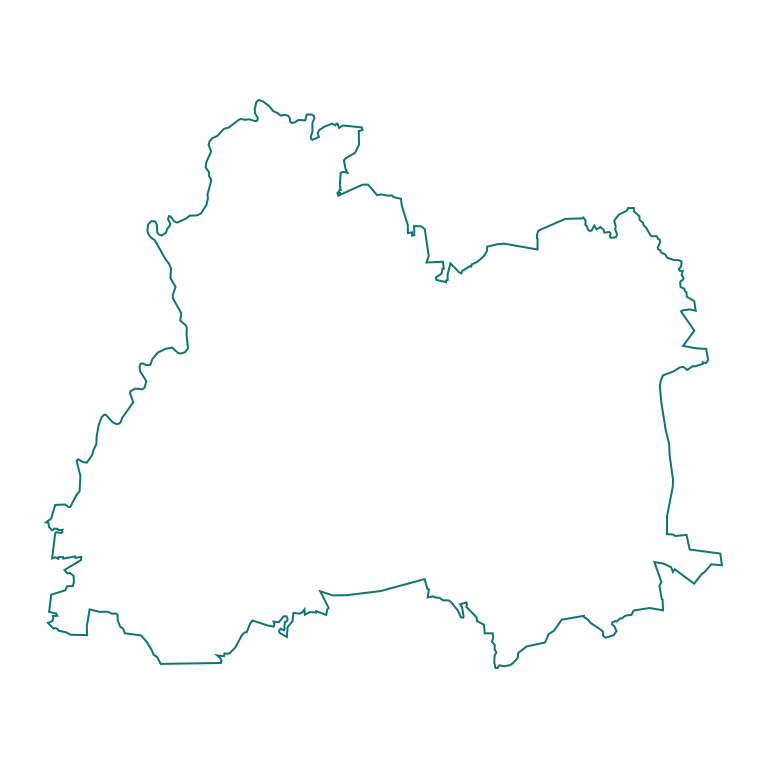 outline of Valle de Santiago, Guanajuato, Mexico
{"feature_id": "50627088B5903999082745", "entity_name": "Valle de Santiago", "entity_type": "district", "adm_level": 2, "iso_a3": "MEX", "parent_name": "Mexico", "parent_adm1": "Guanajuato", "projection": "orthographic", "projection_center": [-101.283, 20.397], "detail": "fine", "context": "isolated", "style": "outline", "palette": "teal", "viewbox_px": 768, "rotation_deg": 0, "n_neighbors": 0, "source": "geoboundaries", "source_scale": "gbopen_adm2", "svg_char_len": 6060}
<svg xmlns="http://www.w3.org/2000/svg" viewBox="0 0 768 768"><path d="M211.1,181.1L207.5,194.4L207.9,198.6L206.3,205.2L200.9,213.6L196.8,215.4L189.7,215.7L185.8,218.7L177.2,222.6L174.0,221.2L170.7,216.6L169.1,216.0L168.0,219.2L170.3,223.6L169.9,225.7L167.1,228.9L166.0,232.7L161.6,235.5L159.1,234.7L157.3,232.5L156.8,224.5L155.1,221.4L151.2,221.2L148.0,224.6L147.4,230.3L148.0,233.2L150.7,237.4L154.9,240.3L165.6,259.4L169.0,263.7L171.0,268.5L170.4,278.2L175.6,286.8L172.8,295.0L172.9,298.3L181.2,313.1L180.3,320.7L185.5,325.0L186.8,327.7L186.5,333.8L188.0,348.3L185.0,352.2L180.5,353.6L177.8,352.8L172.2,347.7L165.8,348.7L157.6,352.7L152.3,359.2L150.4,364.8L146.6,365.2L142.3,363.3L140.4,364.1L139.6,366.5L140.1,371.2L146.4,381.3L144.4,387.9L142.5,389.3L135.1,388.6L130.3,391.4L130.1,393.7L133.3,402.2L122.4,417.6L120.6,422.2L119.2,423.6L116.4,424.1L112.6,422.2L105.7,414.7L104.0,414.9L101.7,417.1L98.6,425.2L96.7,436.4L96.3,444.4L93.4,450.1L92.1,455.2L86.8,462.6L83.3,462.2L78.2,459.3L76.6,460.8L80.4,476.1L79.6,491.2L76.5,495.0L70.3,506.9L68.7,507.1L65.1,504.5L55.3,504.9L51.1,518.7L46.1,522.3L48.4,522.7L48.9,526.6L51.9,530.3L53.1,530.2L54.3,528.6L57.2,528.8L58.6,530.1L62.3,529.8L61.8,530.6L62.5,531.9L61.3,533.0L55.9,532.3L55.3,532.9L52.1,558.4L55.1,557.3L58.3,558.8L58.4,557.2L63.1,557.1L63.3,558.6L75.0,556.4L75.4,557.9L81.3,556.9L81.0,560.0L64.5,570.0L67.2,573.3L70.1,573.0L73.6,575.9L73.9,582.1L72.8,586.1L67.0,586.3L65.3,590.3L51.2,594.7L49.1,611.9L56.1,613.5L57.2,615.8L52.8,615.9L53.3,618.2L52.3,621.1L48.0,622.9L53.4,628.6L55.2,628.0L57.6,629.0L58.7,630.8L65.8,632.2L70.8,634.8L87.2,635.1L86.8,626.6L89.6,609.4L99.3,611.8L107.9,611.8L112.1,613.7L116.1,613.5L117.6,615.0L117.7,620.4L120.3,626.9L123.0,628.5L124.9,633.3L141.0,635.4L146.9,642.1L151.8,650.2L153.6,654.8L157.0,656.8L160.7,663.9L220.8,663.0L221.5,660.7L219.8,657.5L217.1,655.4L223.9,656.2L224.5,653.5L229.2,653.6L235.3,647.5L241.7,635.5L244.5,632.5L246.8,632.1L250.0,623.8L252.5,620.5L267.5,625.4L273.6,626.6L274.5,623.7L273.6,621.6L278.9,622.2L283.5,616.3L286.6,616.3L287.7,619.1L286.6,621.5L285.0,621.9L284.3,626.6L284.8,628.4L283.7,630.3L280.6,628.6L279.1,631.0L279.5,632.8L286.9,637.0L287.6,627.1L292.5,621.2L293.4,612.9L299.3,613.6L302.5,612.2L304.4,609.5L304.9,614.7L309.8,612.1L316.2,612.5L316.2,611.1L326.2,614.9L327.3,609.4L328.7,608.0L320.2,591.3L332.9,595.4L346.6,595.2L380.4,591.1L424.6,579.1L427.4,588.9L428.9,589.6L427.7,597.4L433.4,596.3L434.9,597.4L439.4,597.8L443.0,600.3L448.6,600.4L451.1,602.1L457.8,610.4L461.0,617.4L463.3,617.5L463.6,616.4L462.0,607.0L460.2,604.3L466.3,602.5L467.0,604.5L466.3,606.9L476.6,617.3L477.0,621.1L484.0,624.8L484.7,633.3L492.7,633.3L493.3,637.4L492.0,642.0L494.8,645.0L494.6,649.2L496.4,652.5L494.6,655.4L494.3,662.6L495.5,668.0L497.6,668.0L499.4,665.3L504.4,666.3L510.0,665.1L512.7,663.4L517.6,658.1L518.3,652.9L526.5,646.5L545.0,642.5L548.8,633.9L554.0,630.8L561.6,619.7L584.0,615.8L584.2,617.4L587.5,619.2L590.7,623.0L601.6,630.3L603.2,632.2L602.9,635.5L605.7,637.7L613.8,635.1L616.5,631.2L614.4,626.4L612.1,624.2L612.3,622.4L615.7,621.0L616.6,621.5L620.0,618.5L621.6,618.5L625.4,615.7L631.4,614.8L633.7,610.5L649.7,608.0L663.0,610.3L662.6,599.7L661.8,599.3L659.4,585.7L661.5,582.2L654.4,562.1L662.9,563.4L671.1,567.2L672.9,571.9L674.7,569.3L694.1,583.7L701.9,573.9L704.7,571.9L711.4,564.3L721.9,565.3L720.3,553.6L689.7,549.5L686.5,534.9L675.2,536.0L673.1,534.5L667.0,534.2L667.0,516.3L672.8,486.6L673.0,479.6L669.6,454.9L669.1,443.8L665.7,430.1L661.3,402.2L659.8,386.2L660.6,381.5L662.9,375.4L673.1,371.6L680.1,367.3L683.4,366.9L687.1,369.9L693.2,365.9L694.3,366.5L701.4,364.4L702.9,363.7L702.8,362.3L706.1,363.1L708.2,359.8L706.1,348.9L695.9,348.3L683.1,345.9L694.3,330.6L681.0,311.4L682.5,310.4L689.9,309.4L695.7,310.7L694.2,301.0L686.7,296.8L686.5,292.4L685.1,291.3L684.2,288.7L680.6,287.0L680.1,282.4L681.2,280.6L682.5,280.4L683.6,278.3L681.6,274.9L682.6,270.9L679.8,270.9L678.8,269.0L681.1,266.6L681.6,261.5L678.6,260.1L674.1,260.1L667.2,257.8L665.3,254.5L661.3,252.5L659.9,250.1L658.2,249.3L657.8,247.5L660.2,241.8L659.7,239.6L658.1,239.0L656.7,236.1L652.5,236.3L650.5,235.4L646.1,227.6L643.8,225.6L642.9,222.8L639.5,219.7L639.4,216.1L633.9,211.4L633.8,208.0L628.0,208.1L626.9,210.6L618.9,214.7L614.7,219.9L614.3,221.3L615.7,226.0L615.2,229.2L617.1,234.5L616.2,236.7L614.2,237.7L610.4,237.6L609.8,235.9L610.7,233.8L610.3,232.8L608.8,232.0L604.3,232.6L603.5,229.8L600.5,227.1L596.5,229.4L594.3,225.6L591.5,230.7L589.2,230.8L587.7,229.1L587.1,226.4L585.3,224.8L585.6,220.8L583.4,217.5L582.0,218.4L565.2,218.9L538.4,230.6L536.9,235.0L537.0,238.3L537.6,238.6L537.5,249.5L504.6,243.7L498.7,244.0L487.2,246.6L487.1,250.7L483.6,256.4L477.1,262.0L471.9,264.3L471.2,266.5L470.1,266.1L462.3,270.8L461.3,273.3L459.3,272.5L450.4,263.4L447.5,275.1L447.7,280.0L445.9,280.6L446.0,282.2L436.4,279.9L435.9,277.3L441.4,273.8L442.5,268.8L443.8,268.7L442.9,261.7L426.5,262.5L428.7,256.0L424.8,229.1L421.0,226.3L414.2,226.1L414.3,235.2L412.1,235.6L412.0,232.3L407.9,233.1L407.8,225.0L401.6,204.8L401.0,198.8L393.6,197.1L392.1,195.5L387.2,195.6L381.1,194.4L377.2,195.2L368.0,184.6L362.4,184.7L338.2,195.7L337.7,193.8L339.9,194.7L340.1,192.8L338.2,192.4L339.8,189.6L340.7,189.8L339.8,185.5L340.6,173.2L342.7,171.8L347.5,172.8L345.5,168.9L343.9,160.4L345.7,158.3L355.2,152.7L359.0,144.7L358.8,131.0L362.5,130.1L361.7,127.4L342.9,125.5L339.1,127.9L337.4,123.6L336.1,124.0L335.3,125.4L332.1,123.7L324.6,126.6L319.3,130.0L317.6,133.1L318.9,137.0L312.4,139.9L311.1,138.9L310.7,137.0L312.5,131.6L312.4,122.8L314.4,118.4L313.9,115.8L311.4,114.5L306.7,114.5L305.3,120.3L298.3,120.0L294.8,122.4L291.7,122.9L290.4,121.9L289.5,117.4L288.2,115.9L285.9,114.9L280.5,115.5L277.7,113.1L273.1,111.1L269.7,106.5L263.0,101.5L258.7,100.0L256.3,102.2L254.7,109.2L255.0,113.1L257.8,118.0L257.3,120.6L255.3,121.1L249.0,119.3L244.8,119.8L241.2,119.0L238.8,119.8L228.7,127.6L224.0,128.8L217.4,135.9L212.3,138.2L209.6,141.4L208.6,144.7L211.1,151.5L206.2,162.6L205.7,167.4L209.1,172.5L209.1,176.2L211.0,179.1L211.1,181.1Z" fill="none" stroke="#0f766e" stroke-width="2"/></svg>